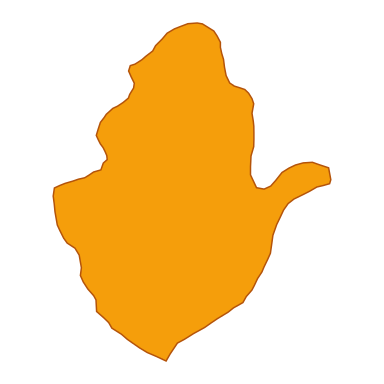 the district of Sharur District, Şərur, Azerbaijan
{"feature_id": "54616110B53436270368491", "entity_name": "Sharur District", "entity_type": "district", "adm_level": 2, "iso_a3": "AZE", "parent_name": "Azerbaijan", "parent_adm1": "Şərur", "projection": "natural_earth1", "projection_center": [45.071, 39.583], "detail": "fine", "context": "isolated", "style": "filled", "palette": "amber", "viewbox_px": 384, "rotation_deg": 0, "n_neighbors": 0, "source": "geoboundaries", "source_scale": "gbopen_adm2", "svg_char_len": 1737}
<svg xmlns="http://www.w3.org/2000/svg" viewBox="0 0 384 384"><path d="M329.6,183.7L330.8,179.7L328.6,167.8L319.2,164.7L312.4,162.3L303.2,162.9L295.5,165.0L289.0,168.1L282.0,172.5L275.5,180.7L270.7,186.1L264.1,189.1L256.5,187.7L250.5,174.9L250.5,166.6L251.0,156.0L253.7,146.7L253.9,139.3L253.9,132.9L253.8,126.2L253.3,121.4L252.0,113.3L253.7,103.8L252.0,98.7L248.6,93.2L244.8,89.5L239.8,87.8L234.3,86.1L229.7,83.0L226.1,75.6L224.5,67.3L223.5,59.3L221.7,53.4L220.4,47.4L220.4,42.3L217.1,36.0L213.8,31.0L207.1,26.8L202.4,23.9L197.2,23.0L187.9,23.7L180.5,26.5L174.4,28.9L167.1,33.2L162.2,39.0L155.6,45.6L152.7,51.0L145.7,56.4L141.8,59.8L134.9,64.2L130.3,65.6L130.1,66.2L128.6,71.0L131.1,76.7L134.3,83.2L133.6,88.0L129.7,94.4L128.4,98.1L123.1,102.5L117.5,106.2L112.8,108.4L106.3,114.3L104.2,117.5L100.4,122.4L98.2,129.1L96.3,135.4L98.2,139.6L100.3,143.8L103.1,147.6L105.1,151.6L106.8,155.6L107.2,159.6L103.3,163.1L100.9,169.9L93.6,172.0L88.9,175.2L84.6,177.8L78.4,179.2L72.9,181.1L65.0,183.4L60.0,185.4L55.2,187.6L54.4,188.0L53.2,196.1L54.2,203.6L55.0,211.8L57.3,225.0L59.8,230.4L63.7,238.2L67.2,243.1L75.0,248.2L79.2,255.1L81.4,267.8L80.4,275.5L83.3,282.0L87.9,289.1L93.7,295.7L96.0,299.9L96.6,311.5L104.0,318.0L108.7,322.6L111.9,328.2L121.4,334.2L127.4,339.4L133.1,343.4L139.9,348.1L147.2,352.5L155.8,356.2L166.1,361.0L170.1,354.0L177.4,343.1L184.6,339.2L193.5,333.6L204.6,327.5L211.0,323.0L217.5,318.6L228.2,312.1L233.6,307.8L242.9,302.6L246.3,296.5L251.9,290.1L254.2,285.7L257.6,278.5L261.9,272.0L264.0,267.0L267.8,259.1L270.4,253.3L271.8,243.4L272.9,235.3L276.7,224.5L279.9,217.9L283.6,210.0L288.1,203.6L294.0,199.0L303.2,194.5L309.7,191.2L316.9,187.0L323.3,185.5L329.6,183.7Z" fill="#f59e0b" stroke="#b45309" stroke-width="1.5"/></svg>